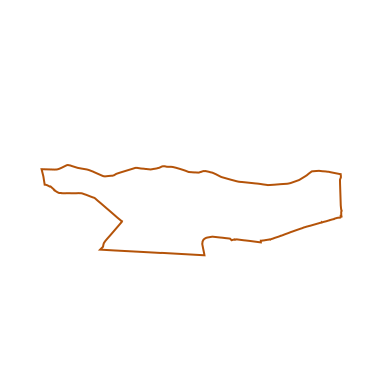 the district of Aalsmeer, Noord-Holland, Netherlands, rotated 35°
{"feature_id": "6326949B69762252447495", "entity_name": "Aalsmeer", "entity_type": "district", "adm_level": 2, "iso_a3": "NLD", "parent_name": "Netherlands", "parent_adm1": "Noord-Holland", "projection": "equal_earth", "projection_center": [4.754, 52.261], "detail": "fine", "context": "isolated", "style": "outline", "palette": "amber", "viewbox_px": 384, "rotation_deg": 35, "n_neighbors": 0, "source": "geoboundaries", "source_scale": "gbopen_adm2", "svg_char_len": 5481}
<svg xmlns="http://www.w3.org/2000/svg" viewBox="0 0 384 384"><g transform="rotate(35 192 192)"><path d="M150.6,291.4L150.9,291.2L152.7,290.1L161.3,284.8L185.2,269.9L201.8,259.6L202.0,259.3L238.5,236.7L236.9,235.1L235.0,233.3L233.2,231.6L230.1,228.6L229.9,228.0L229.6,227.5L229.3,227.0L229.0,226.3L229.0,226.0L228.9,225.5L228.8,225.1L228.8,224.6L228.8,224.3L228.9,223.9L229.0,223.4L229.2,222.9L229.4,222.4L229.7,221.8L230.0,221.3L230.7,220.5L234.3,216.9L241.6,212.9L242.6,212.3L243.9,211.6L246.4,210.3L246.7,210.1L249.1,208.8L249.7,208.5L249.9,208.4L250.0,208.4L252.1,208.8L254.1,206.3L254.3,206.4L254.6,206.5L255.7,205.2L262.2,201.8L263.8,200.9L267.1,199.1L277.3,193.8L276.3,192.4L277.0,191.9L277.3,191.7L277.6,191.4L277.7,191.2L278.2,190.8L278.4,190.6L278.6,190.5L279.3,189.8L279.5,189.5L279.7,189.3L279.9,189.2L280.2,188.9L280.4,188.7L280.5,188.6L281.3,187.8L281.5,187.6L282.1,187.1L282.8,186.4L283.0,186.3L282.9,186.2L283.7,185.5L283.9,185.2L284.4,184.5L284.5,184.3L284.7,184.2L285.2,183.5L285.2,183.4L285.3,183.2L285.6,182.9L285.7,182.7L285.8,182.6L286.0,182.3L286.1,182.1L287.4,180.4L288.1,179.5L288.9,178.4L289.2,177.9L289.6,177.3L289.7,177.1L289.8,177.1L290.7,175.9L290.8,175.7L291.1,175.3L291.4,174.9L291.6,174.5L292.3,173.5L292.4,173.3L294.6,170.2L295.7,168.5L296.3,167.6L296.5,167.4L299.2,163.6L302.4,159.2L302.7,158.9L303.2,158.1L303.6,157.5L303.8,157.1L304.8,155.9L306.1,154.2L306.3,154.0L306.7,153.6L306.8,153.4L307.4,152.7L307.5,152.6L307.6,152.4L307.9,152.2L310.7,148.7L311.2,148.1L313.2,145.6L313.4,145.4L313.7,145.0L314.8,143.6L315.0,143.5L315.8,142.6L315.7,142.4L315.8,142.4L317.3,140.6L318.2,139.6L318.8,138.9L320.5,136.7L320.9,136.3L320.9,136.1L321.0,136.0L322.1,134.7L322.4,134.3L323.3,133.3L323.9,132.7L323.9,132.3L325.8,129.9L327.1,128.7L327.5,128.5L327.8,128.2L328.2,127.8L328.3,127.5L328.2,127.2L327.6,126.4L328.3,126.1L327.7,125.5L327.4,125.2L326.7,124.2L325.9,123.1L325.6,122.6L325.4,121.9L325.3,121.7L325.1,121.5L325.2,121.4L325.0,121.2L324.9,121.2L324.7,121.2L324.2,120.7L323.2,119.6L321.5,117.6L308.6,100.4L306.4,97.4L306.1,96.9L305.8,95.6L305.6,94.8L305.6,94.7L305.4,94.4L305.1,94.0L304.8,93.5L304.5,93.2L303.5,92.1L303.1,92.4L302.7,92.5L302.4,92.7L301.0,93.3L299.2,94.1L294.9,96.0L293.5,96.6L293.0,96.8L292.6,96.9L291.1,97.8L289.7,98.5L288.2,99.4L286.9,100.2L283.9,101.8L281.9,103.4L278.4,106.3L278.3,106.5L278.2,106.7L277.1,110.0L276.4,112.6L276.2,113.0L276.1,113.3L276.0,113.6L273.6,119.1L273.0,120.5L272.8,120.8L272.7,121.0L268.0,127.6L267.4,128.4L266.2,129.7L265.8,130.1L265.3,130.6L260.4,134.5L255.5,138.6L251.4,141.9L250.7,142.4L250.3,142.7L249.9,143.0L249.4,143.2L248.8,143.5L245.9,145.0L243.4,146.2L241.1,147.4L238.5,148.9L237.2,149.6L227.1,155.2L226.0,155.9L224.1,156.9L222.1,157.7L219.6,158.6L216.6,159.7L212.9,161.0L212.6,161.1L208.3,162.6L207.4,162.9L206.1,163.1L205.6,163.2L204.7,163.3L200.9,163.8L200.6,163.9L199.4,164.1L197.5,164.5L195.9,165.2L195.4,165.4L194.7,165.6L194.4,165.7L192.7,166.4L191.8,166.8L191.5,166.9L191.4,167.0L191.1,167.1L190.7,167.3L190.4,167.6L190.2,167.8L189.5,168.2L189.3,168.4L188.9,168.9L188.3,169.7L188.1,170.0L187.9,170.2L187.8,170.5L187.5,170.7L186.6,172.0L186.4,172.2L185.7,172.7L184.1,173.7L183.4,174.1L182.9,174.5L182.0,175.0L181.8,175.2L180.5,175.9L179.7,176.4L178.7,177.0L178.1,177.3L177.8,177.5L177.1,177.7L174.5,178.3L172.1,179.0L168.9,180.0L164.8,181.4L163.3,182.0L162.7,182.2L161.4,182.8L160.7,183.2L160.0,183.6L159.1,184.3L158.6,184.6L157.8,185.2L157.1,185.6L156.4,186.0L156.1,186.1L155.7,186.2L154.9,186.6L154.5,186.8L154.1,187.1L153.7,187.4L153.1,187.9L152.5,188.7L152.4,188.9L151.9,189.9L151.0,191.3L150.7,191.6L150.2,192.1L149.7,192.8L148.9,193.6L147.9,194.6L147.6,194.8L146.1,196.4L145.6,196.8L145.4,197.1L144.8,197.5L144.4,197.7L143.7,198.1L141.9,199.1L141.6,199.2L140.7,199.8L139.1,200.6L138.3,201.1L136.6,202.1L136.2,202.3L135.5,202.6L133.9,203.4L133.4,203.6L132.7,204.1L131.9,204.6L131.4,205.2L130.2,206.8L127.3,210.5L122.3,216.9L120.8,218.9L119.9,220.1L119.8,220.3L119.4,220.9L119.2,221.4L118.7,222.6L118.6,222.9L118.4,223.1L118.1,223.5L117.8,223.9L117.6,224.2L117.2,224.5L115.9,225.5L112.6,228.4L111.8,229.1L111.6,229.2L111.3,229.4L110.9,229.6L110.7,229.7L109.8,230.0L109.1,230.2L108.7,230.2L108.4,230.3L105.4,230.9L100.3,231.9L99.0,232.1L97.9,232.4L95.5,233.0L94.8,233.2L93.9,233.5L92.6,234.0L91.8,234.4L88.0,236.2L84.5,237.8L78.2,239.8L77.3,240.0L76.6,240.3L76.0,240.6L75.5,240.8L75.1,241.0L74.7,241.2L74.4,241.5L74.2,241.7L73.9,242.2L73.6,242.7L71.3,246.9L70.2,248.7L69.9,249.2L69.2,250.1L69.0,250.4L68.2,251.2L67.6,251.7L66.5,252.5L55.7,259.6L61.1,264.3L62.1,265.3L64.3,267.6L65.1,268.4L67.1,270.5L67.4,270.3L67.7,270.1L69.2,269.6L69.6,269.5L72.5,269.1L72.9,268.6L78.0,269.2L78.0,269.5L78.3,269.6L79.7,269.5L80.8,269.4L81.1,269.4L81.5,269.4L82.3,269.3L83.5,269.1L83.8,269.0L84.1,268.8L84.5,268.5L85.3,267.9L85.7,267.8L85.8,267.8L87.4,266.8L91.8,263.6L94.1,262.1L97.8,259.5L98.3,259.1L99.2,258.4L99.6,258.1L100.5,257.5L101.4,256.9L101.8,256.7L102.2,256.4L103.0,256.1L105.3,255.5L106.9,255.0L109.0,254.5L111.5,253.9L113.8,253.3L114.4,253.1L115.0,252.9L115.7,252.8L116.0,252.8L116.3,252.8L117.1,252.9L119.7,253.2L124.4,253.6L131.0,254.3L134.4,254.6L145.6,255.8L149.7,256.1L150.7,256.2L151.0,256.1L151.3,256.1L151.3,256.4L151.5,256.4L151.6,256.7L151.6,257.0L150.5,268.2L149.8,275.1L149.4,278.5L149.1,281.6L149.1,282.9L149.1,284.1L149.2,284.7L149.7,286.1L150.4,287.7L150.5,287.8L150.5,288.2L150.3,289.0L149.8,291.9L150.6,291.4Z" fill="none" stroke="#b45309" stroke-width="2"/></g></svg>